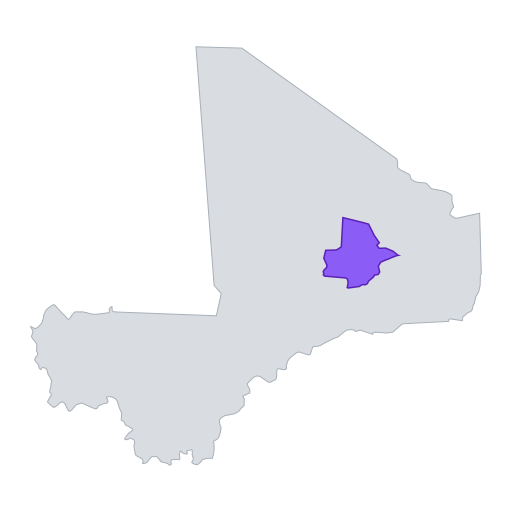 Bourem, Gao, Mali (highlighted)
{"feature_id": "8926073B86504284097699", "entity_name": "Bourem", "entity_type": "district", "adm_level": 2, "iso_a3": "MLI", "parent_name": "Mali", "parent_adm1": "Gao", "projection": "albers", "projection_center": [-0.233, 17.792], "detail": "fine", "context": "in_parent", "style": "filled", "palette": "violet", "viewbox_px": 512, "rotation_deg": 0, "n_neighbors": 0, "source": "geoboundaries", "source_scale": "gbopen_adm2", "svg_char_len": 4317}
<svg xmlns="http://www.w3.org/2000/svg" viewBox="0 0 512 512"><path d="M51.0,395.9L51.4,393.8L49.6,392.2L49.6,391.4L51.0,385.4L51.0,383.8L51.9,380.7L50.8,379.3L50.6,378.2L47.9,374.0L47.2,370.6L45.9,368.3L42.5,367.4L41.2,369.2L40.4,369.5L39.2,368.0L38.8,366.8L38.9,365.7L34.8,360.1L35.3,357.3L37.0,355.9L37.8,353.5L36.4,350.6L36.8,347.9L36.8,344.1L34.4,340.6L32.8,339.0L31.5,336.6L33.0,331.3L30.7,326.6L35.4,328.7L37.8,327.2L40.1,325.0L42.2,322.1L43.3,318.3L43.8,315.1L46.0,310.1L48.5,307.8L53.4,304.6L54.7,305.0L62.0,313.0L66.2,317.1L67.7,319.2L69.1,319.3L71.5,315.7L74.0,312.6L75.0,311.9L82.8,311.9L86.8,312.7L90.4,313.8L95.5,314.4L109.1,312.7L109.4,311.2L109.2,309.4L109.9,308.1L111.1,306.8L112.0,306.6L112.2,310.9L113.3,311.6L116.5,312.0L216.4,315.8L221.2,293.6L214.1,285.3L196.0,46.8L241.8,48.1L249.6,53.7L396.9,159.1L397.6,162.5L397.5,167.1L398.6,168.5L400.8,170.1L409.3,174.4L410.0,175.3L410.3,177.2L411.3,179.4L413.2,180.7L415.3,181.7L417.8,182.3L425.6,183.0L427.2,184.0L430.6,188.1L432.4,188.9L442.9,190.9L446.3,192.0L450.0,193.8L451.9,195.5L452.0,202.0L453.5,206.2L453.5,207.3L451.9,209.0L451.5,210.3L449.7,213.6L450.1,214.9L453.7,217.4L455.6,218.1L457.6,218.1L479.6,213.2L481.3,273.9L480.4,274.9L480.1,285.7L478.6,292.0L475.8,296.8L474.2,303.8L473.1,305.2L472.4,309.2L470.8,311.6L467.9,312.5L462.8,317.1L462.4,320.7L450.3,318.9L449.5,319.0L448.9,319.5L448.7,321.4L417.6,323.0L402.3,323.9L392.7,332.2L386.5,333.0L378.6,332.4L374.6,332.3L373.1,332.8L372.7,334.3L360.3,330.1L355.7,331.5L355.0,331.0L354.4,330.1L352.1,329.6L348.6,329.8L346.0,330.4L338.1,336.9L333.8,338.5L325.9,342.3L320.3,345.5L318.3,346.2L315.2,346.3L312.7,346.9L310.3,354.3L308.7,355.0L299.3,352.0L297.4,352.4L295.8,353.2L290.4,357.5L287.8,360.9L286.3,365.5L286.5,368.6L285.5,369.4L283.1,369.7L278.7,368.6L277.3,369.0L276.7,371.3L276.7,376.3L275.7,379.7L273.0,380.7L271.0,382.0L269.4,382.3L268.1,382.0L260.5,376.8L257.9,375.9L255.0,376.4L252.2,378.5L247.2,383.7L247.7,385.6L249.0,387.8L249.9,390.5L249.8,392.9L242.7,396.2L244.3,398.8L244.0,405.6L240.6,408.7L239.5,410.7L236.3,412.8L233.5,414.0L224.9,415.6L221.4,417.7L219.7,419.4L219.3,421.3L219.6,423.5L221.1,428.0L220.4,432.1L218.9,436.9L217.5,439.0L213.5,441.3L214.0,444.5L214.2,449.0L213.4,454.7L212.1,458.6L211.2,458.2L207.3,458.3L203.1,459.4L201.6,460.3L201.2,461.6L197.5,464.7L195.2,464.4L193.0,463.5L191.9,462.6L191.8,462.1L193.3,459.6L193.3,458.8L192.1,454.3L192.4,453.2L192.0,449.8L191.7,449.6L187.0,450.9L186.8,451.6L187.4,453.7L187.0,454.1L185.3,454.0L183.0,453.2L180.6,451.1L180.0,451.8L179.6,453.3L179.4,455.2L179.9,458.5L179.2,459.7L175.3,459.4L172.0,459.7L171.1,460.8L170.7,462.2L171.5,463.7L171.3,464.3L169.9,465.2L169.3,465.1L167.5,463.4L160.3,461.6L159.8,459.3L159.0,459.2L156.7,456.4L155.8,456.4L154.9,456.8L152.2,456.5L149.6,458.8L147.7,461.7L145.6,463.1L142.6,463.6L143.2,461.7L142.3,459.1L136.2,455.6L135.3,454.2L134.0,446.7L134.1,444.6L134.7,442.6L134.5,441.1L133.9,439.9L132.1,438.8L130.1,438.2L127.6,439.5L126.4,439.7L125.3,439.6L124.7,439.0L124.8,438.3L127.7,434.4L129.1,432.8L131.8,431.0L132.6,430.1L132.6,429.3L132.4,428.7L130.7,427.9L128.0,426.0L126.6,425.7L125.4,424.8L124.2,421.9L123.7,421.3L122.4,420.9L121.2,420.2L121.7,413.2L119.3,407.8L117.2,401.0L116.1,399.4L114.0,397.9L111.4,396.9L109.1,396.6L106.4,397.2L106.4,397.8L107.8,400.0L108.0,401.2L107.7,402.3L107.1,403.1L103.5,403.7L98.6,405.8L96.9,408.6L95.8,408.9L94.0,408.4L81.6,403.0L76.2,404.8L72.6,408.8L71.7,410.1L70.0,411.2L69.1,411.2L68.2,410.3L64.9,403.8L63.4,402.2L61.4,402.0L59.6,402.9L57.7,405.0L55.4,406.8L53.9,407.3L52.7,406.9L47.8,402.4L47.6,401.5L50.2,396.6L51.0,395.9Z" fill="#d9dde1" stroke="#a8b0b8" stroke-width="1"/><path d="M398.4,255.3L397.8,255.1L393.0,251.2L385.7,248.1L379.2,248.3L376.8,245.3L379.3,242.8L374.1,235.2L368.6,224.1L362.3,222.4L342.9,217.6L341.3,246.9L336.4,250.0L325.7,250.3L323.8,258.2L326.3,263.8L327.0,265.6L326.5,267.7L324.2,269.8L323.2,271.7L323.9,273.9L323.3,274.8L324.5,276.1L337.0,277.2L341.7,277.6L345.8,278.0L347.5,279.2L348.1,282.7L347.5,286.3L347.2,287.6L348.3,288.0L359.1,286.5L359.3,286.5L362.2,284.6L365.0,284.8L366.2,284.3L367.4,283.6L368.5,281.2L373.7,276.8L374.2,275.2L378.3,274.4L379.7,271.9L378.3,266.3L380.7,262.2L384.5,260.5L388.9,258.8L391.2,257.8L394.7,256.4L396.7,255.7L398.4,255.3Z" fill="#8b5cf6" stroke="#5b21b6" stroke-width="1.5"/></svg>